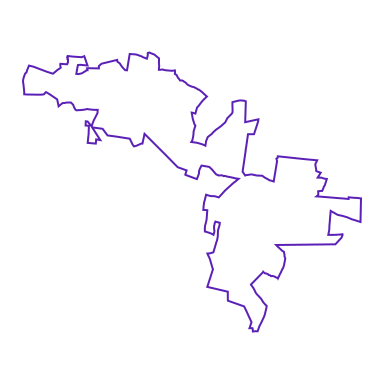 outline of Sudzal, Yucatán, Mexico
{"feature_id": "50627088B33781638054164", "entity_name": "Sudzal", "entity_type": "district", "adm_level": 2, "iso_a3": "MEX", "parent_name": "Mexico", "parent_adm1": "Yucatán", "projection": "orthographic", "projection_center": [-88.879, 20.784], "detail": "fine", "context": "isolated", "style": "outline", "palette": "violet", "viewbox_px": 384, "rotation_deg": 0, "n_neighbors": 0, "source": "geoboundaries", "source_scale": "gbopen_adm2", "svg_char_len": 5916}
<svg xmlns="http://www.w3.org/2000/svg" viewBox="0 0 384 384"><path d="M227.9,300.7L244.1,306.4L246.6,311.5L251.5,322.2L249.5,328.2L251.5,328.1L252.6,328.3L252.9,331.5L255.6,331.2L257.6,331.3L259.6,325.7L260.8,323.6L264.0,316.8L264.8,314.6L266.4,307.8L266.7,305.9L265.2,304.5L263.2,302.2L261.1,298.7L256.9,294.3L255.7,292.7L254.9,290.9L253.4,288.0L250.9,284.6L263.0,272.2L263.2,271.8L263.6,272.3L264.4,272.8L265.1,273.4L266.4,273.5L267.9,274.1L268.2,274.4L268.5,274.9L268.8,275.1L269.9,275.2L271.1,276.2L271.7,276.1L272.0,276.0L273.2,276.1L275.1,276.8L275.6,277.2L277.1,277.9L277.5,277.7L277.8,277.9L278.0,278.3L278.5,277.1L279.0,276.3L279.6,274.9L279.8,274.3L280.8,272.6L281.1,271.9L281.8,270.3L282.2,269.3L283.0,268.2L283.4,267.3L283.7,266.1L284.2,264.5L284.2,264.2L284.3,263.6L284.3,263.3L284.6,262.4L284.8,261.0L285.3,258.4L284.5,256.4L284.5,255.6L284.5,254.8L284.1,252.9L284.0,252.0L283.8,251.8L283.3,251.4L282.3,250.9L279.5,248.2L278.0,246.9L276.2,245.0L335.4,244.3L341.5,237.7L342.6,234.9L342.4,234.2L341.8,234.4L335.9,234.8L332.7,234.9L328.3,234.9L328.6,233.2L329.2,230.2L329.3,229.2L329.4,225.8L329.9,220.4L329.9,219.8L330.7,210.9L337.2,214.6L337.8,214.9L339.2,215.2L341.2,215.6L342.5,215.9L346.6,217.1L348.0,217.6L349.2,218.2L350.6,218.7L351.4,219.1L352.0,219.4L352.7,219.5L356.5,220.7L360.5,222.0L361.0,198.4L356.5,197.9L353.9,197.8L348.7,197.3L348.6,199.0L343.5,198.5L340.6,198.3L319.8,196.6L316.6,196.4L317.1,196.0L318.2,194.8L318.3,194.2L318.3,192.9L318.2,192.5L318.1,191.3L320.6,190.9L322.1,191.0L322.8,189.6L323.2,188.6L323.9,186.6L324.7,185.5L325.1,184.4L325.5,183.0L325.8,182.2L326.8,179.0L324.8,178.7L323.5,178.4L322.1,177.9L321.5,177.7L318.9,177.6L317.7,177.6L320.7,172.7L316.4,171.2L316.3,170.7L316.1,170.3L316.2,169.8L315.3,164.6L315.6,163.5L317.2,160.3L305.2,159.2L298.5,158.5L282.4,156.8L277.8,156.3L277.6,157.9L276.4,158.7L277.1,161.2L276.9,161.6L276.9,162.2L273.7,181.5L272.2,181.0L271.8,180.8L270.0,180.4L269.0,180.0L267.4,179.0L264.6,177.5L262.6,176.0L261.9,175.7L259.8,175.7L258.3,175.5L257.6,175.6L256.7,175.5L255.2,175.2L252.7,174.6L252.1,174.5L251.4,174.4L249.9,174.6L249.1,174.7L248.6,174.8L247.4,175.0L246.2,175.1L245.9,175.1L245.2,175.5L242.6,171.7L244.1,161.4L245.6,151.1L245.7,149.5L246.1,147.5L248.0,134.2L254.0,134.2L256.2,127.5L257.6,123.2L258.2,120.9L258.4,119.3L245.2,122.2L245.8,101.3L244.6,100.8L240.6,100.4L238.7,100.6L232.5,102.1L232.4,104.8L232.6,109.9L232.5,112.5L231.6,113.9L227.4,118.1L225.2,122.4L221.0,126.1L218.2,128.2L216.0,129.7L213.4,132.1L211.6,134.1L209.7,135.5L207.7,137.1L206.1,141.1L205.4,145.7L202.0,144.2L197.1,142.8L191.3,142.0L192.3,140.4L193.1,137.0L193.5,133.9L193.6,131.5L194.8,127.4L195.4,125.7L194.4,124.1L192.7,118.6L192.4,116.7L191.7,112.6L193.2,112.9L195.4,113.6L197.0,107.7L197.5,107.0L198.4,106.2L201.3,102.3L203.3,100.0L206.9,96.5L206.5,96.2L202.3,92.3L199.2,89.8L198.1,89.5L197.1,88.8L194.1,87.2L192.0,86.7L190.7,86.2L188.5,85.2L187.4,84.5L186.5,83.6L185.9,82.8L185.3,82.4L183.8,81.5L183.3,81.0L182.8,80.8L181.9,80.4L181.0,80.5L180.1,80.5L179.0,78.9L178.0,77.8L176.5,74.9L174.9,74.0L175.0,71.6L174.9,70.4L172.2,70.8L168.4,70.5L167.0,70.4L165.7,70.2L164.5,70.1L162.7,69.5L161.1,69.7L158.9,69.8L159.0,67.3L159.2,66.0L158.9,62.9L159.0,61.7L159.0,58.3L158.1,57.7L154.3,54.5L153.5,54.2L152.8,54.0L149.2,52.5L147.8,53.0L147.7,53.7L147.8,54.6L147.6,56.1L146.9,58.7L143.0,57.2L141.9,56.5L136.9,54.7L135.4,54.4L129.7,54.0L127.0,70.3L125.2,70.2L122.5,67.4L120.7,64.9L120.0,63.7L119.0,62.8L117.4,61.7L117.2,59.9L101.6,63.7L98.9,66.0L98.9,68.4L88.0,68.2L87.1,68.3L87.5,70.2L86.5,70.2L85.6,71.1L85.4,71.1L81.9,73.3L79.4,73.9L78.4,74.1L76.3,73.9L77.6,66.5L78.0,65.0L80.3,64.8L87.5,65.5L84.3,56.2L81.7,57.2L77.4,56.9L77.2,56.9L73.0,56.6L67.6,56.0L67.3,56.6L67.2,57.3L67.8,57.4L67.5,59.2L68.0,59.3L68.0,62.3L67.6,62.8L67.5,63.7L67.1,64.3L60.4,63.8L60.2,64.8L60.7,67.6L60.5,67.9L57.4,70.0L53.0,73.7L46.7,71.7L33.5,66.7L29.0,65.6L27.1,70.2L26.5,72.4L25.2,73.5L24.5,75.2L23.4,78.5L23.2,79.7L23.0,81.6L23.5,84.9L24.2,91.5L24.2,94.3L27.2,94.5L39.4,94.7L42.3,94.6L44.1,94.2L45.7,92.2L46.2,92.2L49.7,94.3L57.2,99.4L58.6,106.3L62.5,103.1L64.5,103.0L66.8,102.5L70.9,102.5L73.2,104.8L73.3,105.1L74.2,107.6L74.7,108.2L75.3,109.5L76.3,110.3L81.6,110.0L85.3,109.5L86.9,109.0L90.3,109.5L94.7,109.9L97.7,109.9L97.5,113.1L93.8,120.3L91.9,125.2L91.9,125.7L90.9,125.6L87.6,121.5L85.8,121.3L85.6,125.5L88.9,125.8L88.6,134.4L88.1,138.6L87.7,142.9L95.8,143.6L96.2,139.4L100.3,140.1L92.2,127.4L102.6,128.8L107.5,135.4L116.3,136.6L129.8,138.7L132.6,144.6L134.0,146.4L136.6,145.7L140.6,143.9L141.6,143.4L142.4,143.6L142.6,143.0L143.3,139.6L144.1,136.1L144.3,134.6L144.5,133.8L166.5,155.8L177.7,167.2L186.6,170.4L185.7,173.3L185.3,174.7L186.1,175.1L196.9,179.1L198.9,173.8L199.1,171.1L199.6,169.3L201.5,165.6L201.9,165.6L203.4,165.9L208.8,166.8L209.6,167.2L212.2,169.7L215.7,173.9L216.5,174.6L217.5,174.9L218.6,175.5L221.2,175.3L221.8,175.4L222.6,175.5L223.7,176.1L225.0,175.9L226.8,176.5L230.5,177.2L233.3,177.8L235.1,178.3L238.6,178.8L235.5,181.4L233.6,182.8L227.4,188.4L225.1,190.5L218.8,197.4L214.7,196.2L211.1,196.1L209.4,195.7L208.8,195.6L206.1,194.7L204.6,200.8L204.0,202.6L204.0,203.7L203.6,205.9L203.5,208.3L203.3,209.9L206.6,210.1L207.3,210.2L207.1,212.5L206.9,215.5L206.6,219.4L206.2,221.4L205.5,224.2L205.1,225.5L204.8,229.2L204.9,231.5L205.5,231.6L208.9,232.7L211.1,233.5L213.5,234.8L214.0,233.0L214.3,232.0L214.4,231.3L214.4,230.8L214.0,228.1L214.1,226.2L214.2,225.4L214.5,224.6L214.6,223.6L215.0,222.7L215.4,221.6L219.8,222.8L219.6,223.6L219.7,224.3L219.2,226.4L218.3,229.2L218.0,230.2L218.1,230.6L217.9,231.6L217.9,232.6L217.8,236.0L217.4,238.8L217.0,240.2L216.8,241.2L216.5,241.7L215.9,243.8L215.6,244.8L213.4,252.3L212.9,252.5L211.4,252.9L209.8,253.4L209.1,253.4L208.7,253.4L207.4,253.5L207.7,254.5L209.3,257.6L210.0,259.5L210.6,261.5L212.5,268.1L213.0,269.1L207.3,286.9L227.8,291.7L227.8,297.3L227.9,300.7Z" fill="none" stroke="#5b21b6" stroke-width="2"/></svg>